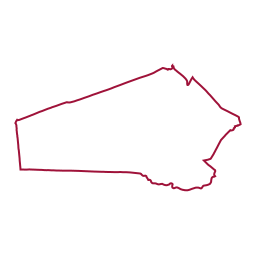 the district of Chau Thanh, An Giang, Vietnam
{"feature_id": "81297802B33105171569216", "entity_name": "Chau Thanh", "entity_type": "district", "adm_level": 2, "iso_a3": "VNM", "parent_name": "Vietnam", "parent_adm1": "An Giang", "projection": "albers", "projection_center": [105.281, 10.427], "detail": "fine", "context": "isolated", "style": "outline", "palette": "rose", "viewbox_px": 256, "rotation_deg": 0, "n_neighbors": 0, "source": "geoboundaries", "source_scale": "gbopen_adm2", "svg_char_len": 5743}
<svg xmlns="http://www.w3.org/2000/svg" viewBox="0 0 256 256"><path d="M17.1,119.9L16.2,121.2L15.4,123.1L15.6,123.4L15.9,123.9L16.0,124.1L16.2,124.7L16.4,125.4L16.4,126.0L16.4,126.4L16.5,127.1L16.6,128.0L16.7,128.5L16.6,129.0L16.6,130.2L16.6,130.4L16.8,131.2L16.8,131.9L17.0,133.4L17.0,133.6L17.1,134.5L17.3,135.3L17.3,135.5L17.3,136.3L17.4,136.7L17.4,137.2L17.6,137.8L17.6,138.2L17.9,141.3L18.0,142.4L18.2,144.4L18.3,145.4L18.4,147.5L18.5,148.5L18.6,149.4L18.7,149.6L18.8,150.3L19.0,152.4L19.6,158.6L19.7,160.7L20.0,163.7L20.2,166.0L20.3,166.8L20.5,169.5L22.3,169.5L24.8,169.6L26.7,169.6L29.8,169.4L30.4,169.5L31.1,169.5L32.8,169.6L33.4,169.6L35.8,169.7L38.2,169.8L41.6,169.9L43.2,170.0L44.2,170.1L45.3,170.1L46.5,170.2L47.9,170.1L51.1,170.3L52.8,170.3L56.2,170.5L61.4,170.6L63.1,170.7L71.8,170.7L75.3,170.8L78.7,170.9L85.7,171.2L92.7,171.5L95.1,171.6L95.6,171.6L101.6,171.8L103.3,171.8L105.0,171.9L108.4,172.0L110.1,172.0L113.5,172.1L118.6,172.1L120.2,172.0L123.0,172.2L126.1,172.2L127.9,172.3L129.8,172.4L139.2,173.4L140.5,173.6L140.7,173.8L141.0,173.9L141.2,174.1L141.4,174.4L141.8,174.8L142.2,175.2L142.9,175.7L143.2,175.8L143.5,175.9L144.0,175.9L144.8,175.7L145.3,175.7L145.5,175.7L146.1,176.0L146.4,176.3L146.4,176.6L146.5,177.0L146.7,177.4L147.1,177.8L147.2,178.0L147.4,178.4L147.6,178.7L147.8,178.9L147.9,179.2L148.0,179.4L148.1,179.8L148.6,180.0L148.8,180.0L149.0,179.9L149.3,179.8L149.6,179.8L150.1,180.0L150.4,180.2L150.8,180.8L151.1,181.4L151.1,181.8L151.3,182.1L151.5,182.4L151.8,182.7L152.4,183.2L153.2,183.3L153.6,183.3L154.5,183.3L155.5,183.4L155.9,183.5L156.3,183.6L156.7,183.8L157.7,184.2L158.8,184.4L159.4,184.3L160.1,184.2L160.7,184.0L161.3,184.0L161.7,183.9L162.1,183.9L162.4,183.9L163.2,184.4L164.2,184.8L164.5,184.9L164.9,185.0L165.4,185.1L166.1,185.2L166.8,185.2L167.6,185.0L168.1,184.8L169.1,184.5L169.4,184.3L169.6,184.1L169.7,183.9L169.9,183.7L170.4,183.4L171.1,183.3L171.3,183.3L171.8,183.5L172.2,183.7L172.4,183.9L172.6,184.2L172.6,184.4L172.5,184.7L172.3,185.5L172.2,186.0L172.2,186.5L172.3,187.1L172.4,187.5L172.6,187.7L173.1,188.0L173.5,188.2L173.8,188.2L174.1,188.2L174.4,188.1L174.8,188.0L175.4,187.7L175.9,187.5L176.6,187.4L177.0,187.4L177.4,187.6L178.1,187.8L178.6,188.0L179.8,188.7L180.2,188.9L180.7,189.2L181.4,189.4L182.6,189.8L183.3,189.9L184.0,190.0L184.7,190.2L187.2,190.3L187.7,190.2L188.7,190.0L189.3,189.8L190.3,189.5L191.0,189.2L191.8,188.9L192.7,188.6L194.3,188.1L194.9,187.9L195.5,187.7L196.3,187.6L197.2,187.6L198.0,187.6L198.7,187.7L199.5,188.0L200.2,188.2L200.7,188.4L201.1,188.4L201.5,188.2L201.8,187.9L202.0,187.6L202.5,186.9L202.9,186.2L203.3,185.9L203.6,185.7L204.0,185.6L206.5,185.2L207.9,184.8L208.9,184.4L209.6,184.0L210.0,183.8L210.7,182.7L210.9,182.4L211.0,182.1L211.1,181.8L211.2,180.5L211.4,179.3L211.5,178.7L211.7,178.1L212.0,177.6L212.5,177.1L213.0,176.8L213.4,176.8L213.9,176.7L214.2,176.7L214.6,176.5L215.1,176.2L214.4,175.3L214.3,175.0L214.2,174.6L214.2,174.2L214.4,173.2L214.6,172.7L214.9,172.0L215.1,171.6L215.2,171.4L215.2,171.0L215.2,170.7L215.1,170.2L214.8,170.0L214.3,169.7L214.0,169.4L210.8,166.7L210.6,166.5L210.4,166.4L209.8,165.9L208.6,165.1L207.7,164.3L206.8,163.4L203.9,160.5L208.0,159.7L208.8,159.4L210.4,158.9L210.7,158.7L211.4,157.6L213.7,153.9L214.0,153.2L214.9,151.6L215.7,150.0L216.3,148.9L216.7,148.2L218.5,144.7L218.7,144.3L221.0,140.0L223.4,137.4L224.9,135.8L225.6,134.9L230.2,130.3L230.3,130.2L230.6,130.4L230.7,130.5L230.9,130.5L231.8,130.4L232.7,130.1L233.0,130.0L233.2,129.9L233.4,129.7L233.6,129.5L233.7,129.2L233.8,129.0L233.8,128.7L233.7,128.4L233.8,128.2L234.1,128.0L234.3,127.9L234.5,127.8L234.7,127.7L234.8,127.6L235.0,127.4L235.0,127.2L235.0,126.9L234.9,126.3L235.6,126.1L235.8,126.0L236.1,126.0L236.3,126.0L237.5,125.4L237.8,125.7L238.7,125.2L240.0,124.6L240.6,124.2L240.3,122.7L239.6,120.8L239.4,120.1L239.1,119.1L239.0,118.5L239.0,117.7L238.7,117.0L237.3,116.2L235.4,115.2L232.7,113.9L229.2,112.1L227.7,111.3L223.8,109.4L222.0,108.5L221.3,108.0L220.9,107.7L220.5,107.3L220.0,106.7L219.4,105.8L219.1,105.3L218.2,104.2L217.6,103.6L215.8,101.7L214.9,100.7L213.6,99.2L210.1,95.2L208.5,93.6L206.6,91.4L205.4,90.1L203.8,88.6L201.1,86.0L198.4,83.5L196.3,81.6L194.3,79.7L193.0,78.0L192.6,77.3L192.0,78.2L191.3,79.3L191.0,79.9L190.6,80.6L189.4,83.0L188.7,84.3L188.4,84.7L188.2,84.8L187.9,85.0L187.6,85.0L187.4,84.9L187.3,84.4L187.2,84.0L187.2,82.7L187.2,81.9L187.2,81.5L187.0,81.0L186.9,80.6L186.6,80.1L185.5,78.6L184.1,77.2L183.1,76.2L182.6,75.8L181.9,75.2L181.5,74.9L180.2,73.8L178.6,72.6L178.0,72.1L177.1,71.4L176.6,70.9L176.1,70.5L175.4,70.0L174.7,69.3L174.2,68.8L174.0,68.3L173.8,67.9L173.6,67.5L173.5,66.8L173.4,66.3L173.0,66.2L172.5,66.0L172.2,65.8L172.2,65.7L172.1,65.8L172.0,66.0L172.0,66.3L172.1,66.5L172.4,66.6L172.5,66.8L172.6,67.0L172.7,67.4L172.7,67.6L172.2,68.3L171.7,68.8L171.4,68.9L171.0,69.1L170.7,69.2L170.3,69.3L169.9,69.2L169.2,69.0L168.9,69.0L168.5,69.0L168.3,69.0L168.2,69.1L167.8,69.7L167.5,69.6L167.2,69.4L167.0,69.2L166.7,69.0L166.4,68.9L166.0,68.8L165.5,68.7L164.6,68.4L163.5,68.1L162.7,68.0L158.9,70.0L157.9,70.5L156.2,71.4L154.7,72.3L154.0,72.7L152.7,73.3L151.2,73.9L148.1,75.1L145.8,75.9L142.6,76.9L139.5,77.9L127.3,82.3L124.1,83.5L120.2,85.0L114.2,87.2L111.3,88.4L108.3,89.5L105.4,90.5L104.1,90.9L100.3,92.2L97.0,93.4L93.7,94.5L93.3,94.6L88.9,96.3L84.2,97.9L82.3,98.6L79.8,99.5L76.9,100.4L74.4,101.3L70.6,102.3L69.4,102.5L67.8,102.4L67.5,102.4L67.3,102.3L67.0,102.2L66.5,102.3L64.7,102.9L61.6,103.9L56.2,105.9L52.8,107.0L51.9,107.3L50.8,107.8L48.0,108.7L45.2,109.8L44.2,110.2L42.2,111.0L39.5,111.9L37.4,112.8L36.2,113.3L33.1,114.6L31.2,115.3L30.3,115.7L27.7,116.7L25.4,117.6L23.7,118.2L20.3,119.5L19.3,119.9L18.7,120.0L17.6,120.2L17.3,120.1L17.2,120.0L17.1,119.9Z" fill="none" stroke="#9f1239" stroke-width="2"/></svg>